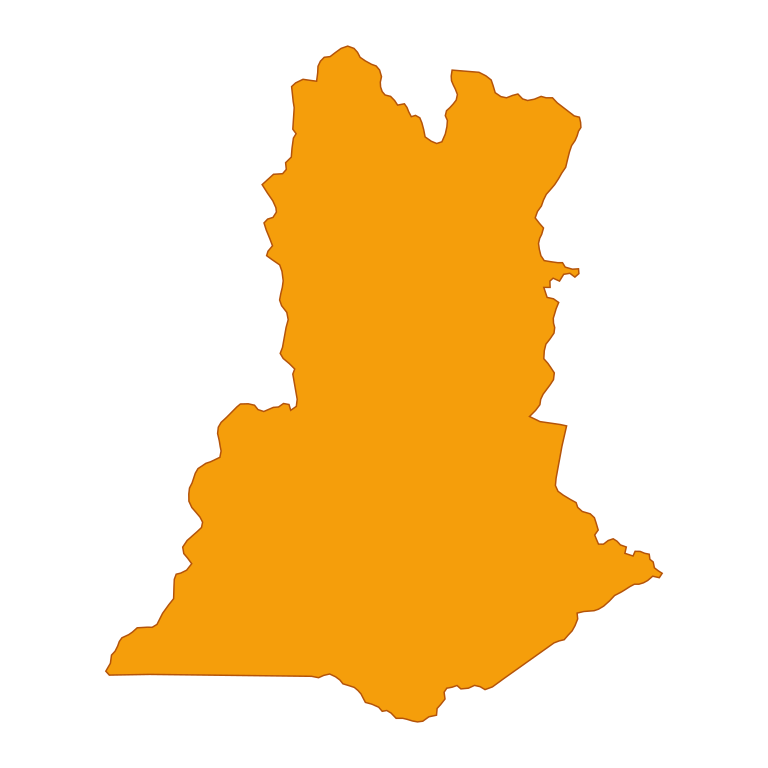 outline of Miranorte, Tocantins, Brazil
{"feature_id": "56859067B32280550150304", "entity_name": "Miranorte", "entity_type": "district", "adm_level": 2, "iso_a3": "BRA", "parent_name": "Brazil", "parent_adm1": "Tocantins", "projection": "mercator", "projection_center": [-48.669, -9.394], "detail": "fine", "context": "isolated", "style": "filled", "palette": "amber", "viewbox_px": 768, "rotation_deg": 0, "n_neighbors": 0, "source": "geoboundaries", "source_scale": "gbopen_adm2", "svg_char_len": 4261}
<svg xmlns="http://www.w3.org/2000/svg" viewBox="0 0 768 768"><path d="M109.3,675.1L149.6,674.4L311.6,676.3L318.6,677.7L323.7,675.4L329.7,674.0L335.6,676.8L339.9,680.0L342.9,683.8L348.5,685.5L354.3,687.4L358.0,690.5L361.0,693.9L363.2,698.2L365.4,702.4L371.6,704.1L378.7,707.2L382.2,711.3L386.8,710.5L391.0,713.0L396.1,718.3L402.7,718.3L407.0,719.3L412.6,721.0L417.5,721.9L422.8,721.2L428.9,716.8L436.5,715.2L437.1,708.5L440.7,704.5L445.0,699.0L444.1,692.2L446.8,688.2L452.1,687.2L457.0,685.5L460.9,688.9L468.4,688.2L474.5,685.4L480.2,686.7L485.0,689.6L492.4,686.9L504.2,678.3L554.0,642.9L559.2,640.9L564.2,639.7L568.0,635.3L572.1,630.9L575.0,625.7L577.7,618.9L577.1,613.1L583.8,611.5L594.1,610.7L598.5,609.2L603.7,606.1L609.4,601.0L614.6,595.5L621.5,591.9L625.4,589.5L629.9,586.6L634.4,584.2L638.9,584.2L643.5,582.8L647.7,580.5L652.7,576.2L659.3,577.7L662.2,573.3L658.4,570.9L654.4,567.8L653.2,562.0L649.9,559.3L649.2,554.2L644.7,553.3L640.1,551.4L635.1,551.3L633.0,556.0L624.9,553.3L626.3,547.0L620.4,544.9L617.0,541.2L613.2,538.8L608.2,540.5L603.4,544.2L598.5,544.1L596.6,539.7L594.7,535.0L598.2,530.0L596.1,522.9L594.4,517.7L590.2,513.8L582.3,511.5L577.7,507.4L576.1,502.6L570.1,499.3L563.3,495.2L558.0,491.3L555.4,485.5L556.1,478.1L556.9,473.8L558.0,467.7L559.7,458.5L560.9,452.0L561.9,446.4L566.6,425.9L560.1,424.5L540.0,421.6L529.5,416.5L535.5,410.5L539.9,404.7L540.7,399.3L543.1,394.2L546.6,389.5L550.2,384.7L553.5,379.6L554.3,372.9L550.7,367.4L548.0,363.5L543.8,358.7L544.3,350.7L545.9,344.2L550.1,338.8L554.0,333.1L554.7,327.6L553.5,323.1L553.3,318.2L554.7,313.6L556.1,308.8L558.7,302.5L553.5,298.8L547.1,297.4L545.4,292.2L543.8,287.4L550.1,287.4L549.9,281.1L553.1,278.2L559.5,281.1L563.7,274.3L569.9,273.3L574.9,277.1L578.9,273.6L578.5,268.8L572.4,269.2L565.2,267.1L562.5,262.7L557.8,262.7L550.7,261.7L544.2,260.6L540.9,255.7L539.3,249.2L538.5,243.4L539.7,238.3L541.7,234.3L543.5,228.0L539.3,223.2L535.2,217.9L537.5,211.4L541.4,206.0L543.5,200.0L546.3,194.3L550.2,189.9L554.7,184.6L558.5,178.8L561.8,173.0L565.7,167.3L567.7,158.9L569.5,151.8L571.6,145.6L575.1,140.5L577.1,135.9L578.5,131.2L580.9,127.5L580.6,122.4L579.4,117.2L574.2,115.9L557.3,102.9L552.5,97.8L546.1,97.8L541.1,96.4L534.3,99.2L527.6,100.5L522.6,98.9L517.9,94.0L512.6,95.4L506.5,97.8L500.9,96.6L495.2,92.7L493.1,85.6L491.2,80.0L486.0,75.9L479.0,72.3L452.1,70.1L451.2,76.1L451.5,80.7L453.3,85.0L455.3,89.0L457.4,94.5L456.2,100.1L453.1,104.1L449.8,107.7L446.5,110.7L445.3,115.7L447.4,120.5L446.9,126.7L445.3,134.0L441.9,141.8L436.7,143.5L431.2,141.2L425.1,136.9L423.7,129.7L421.9,122.9L419.8,117.8L415.5,115.4L411.3,116.7L408.8,112.0L407.0,107.5L404.4,103.8L397.6,105.1L394.6,100.5L390.6,96.4L385.1,95.0L382.2,91.6L380.6,87.0L380.3,82.2L381.5,76.7L379.6,70.1L376.2,66.0L371.5,64.3L365.3,60.9L360.1,57.3L357.5,52.3L354.0,48.4L347.7,46.1L341.1,48.4L335.3,52.6L330.1,56.6L324.2,57.3L320.4,61.2L318.0,66.3L317.7,72.8L316.6,81.2L310.4,80.4L303.0,79.3L295.6,82.9L291.6,86.6L292.5,94.9L293.2,101.5L294.2,107.7L292.8,129.2L296.1,133.7L293.4,138.1L292.0,148.3L291.3,157.1L285.6,162.7L286.3,169.4L282.6,173.7L273.5,174.3L262.1,184.6L267.6,193.3L272.8,200.8L275.9,207.7L276.4,212.1L273.0,217.4L267.6,219.1L264.0,222.9L266.2,229.9L269.9,238.9L272.5,245.8L268.0,251.2L266.6,255.7L272.0,259.6L279.7,264.9L282.0,271.4L283.2,280.8L282.3,287.4L280.8,293.6L279.6,300.0L281.6,305.7L286.8,312.4L288.2,319.7L286.1,327.4L282.5,347.4L280.2,353.4L283.2,358.5L289.4,363.7L294.7,369.0L292.8,374.1L297.2,399.3L296.3,406.4L290.7,410.3L289.0,404.5L283.5,403.5L278.5,407.0L273.3,407.4L263.8,411.5L258.0,409.6L254.5,405.2L248.3,403.8L240.4,404.0L236.9,406.9L226.6,417.3L221.1,422.4L218.3,427.2L217.6,433.5L219.3,440.9L220.2,446.5L221.1,451.0L219.9,457.3L210.5,461.8L205.9,463.3L198.0,468.6L195.3,473.2L192.1,482.9L189.5,488.0L188.8,494.0L188.9,501.2L191.8,507.5L195.7,512.0L200.0,517.1L202.6,522.2L201.5,527.5L197.4,531.4L187.1,540.5L182.7,547.1L183.8,553.6L187.6,558.1L191.7,563.7L186.6,570.2L180.7,573.1L176.2,574.2L174.3,579.3L174.0,586.1L173.8,592.7L173.6,598.7L168.8,604.7L162.6,613.3L157.0,624.4L152.2,627.3L147.4,627.2L137.2,627.8L132.4,632.1L128.8,634.6L121.9,637.8L119.3,641.5L117.7,646.0L115.1,651.2L111.5,655.1L110.4,663.3L105.8,671.2L109.3,675.1Z" fill="#f59e0b" stroke="#b45309" stroke-width="1.5"/></svg>